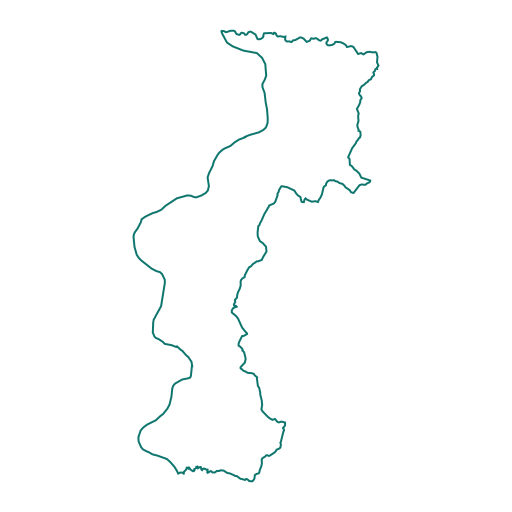 Beltrán, Cundinamarca, Colombia
{"feature_id": "7082276B10333710753159", "entity_name": "Beltrán", "entity_type": "district", "adm_level": 2, "iso_a3": "COL", "parent_name": "Colombia", "parent_adm1": "Cundinamarca", "projection": "albers", "projection_center": [-74.723, 4.715], "detail": "fine", "context": "isolated", "style": "outline", "palette": "teal", "viewbox_px": 512, "rotation_deg": 0, "n_neighbors": 0, "source": "geoboundaries", "source_scale": "gbopen_adm2", "svg_char_len": 5995}
<svg xmlns="http://www.w3.org/2000/svg" viewBox="0 0 512 512"><path d="M285.0,422.5L281.3,421.6L279.3,422.3L278.4,422.3L277.3,421.8L275.0,419.0L272.5,419.8L270.2,418.7L267.8,416.8L262.5,411.3L261.4,409.4L262.2,404.5L261.9,403.3L261.8,400.7L260.2,394.4L260.3,393.1L259.2,387.9L257.9,386.0L256.9,378.4L257.2,377.4L254.8,375.4L253.8,373.9L251.9,373.2L248.3,372.9L246.7,372.4L245.8,371.7L243.2,370.6L242.0,369.3L240.8,368.6L240.5,368.0L240.6,367.2L244.8,362.6L245.7,358.9L244.2,352.5L243.3,351.2L242.4,350.6L242.6,349.9L242.3,348.9L240.1,346.6L238.6,345.7L238.6,343.7L239.3,341.6L242.1,336.1L243.8,335.9L247.1,334.0L247.0,333.3L245.5,331.8L242.1,327.6L238.1,318.7L236.2,316.2L231.8,312.5L231.8,310.3L233.3,308.0L236.6,306.7L235.8,305.8L234.6,306.1L233.9,305.0L234.0,304.2L235.3,301.8L234.8,300.0L237.0,297.6L237.2,294.9L238.0,292.3L239.7,288.8L240.7,285.5L240.6,281.4L241.2,279.8L242.3,278.5L244.6,277.1L244.9,275.1L247.3,270.3L249.2,267.2L250.9,266.4L252.8,264.1L256.8,261.4L258.5,261.2L261.8,259.9L263.1,257.0L266.5,251.5L266.0,246.7L262.8,243.1L260.0,241.2L258.6,238.4L257.7,235.9L257.6,232.3L258.3,226.2L259.5,224.9L260.0,223.3L261.6,220.4L264.3,214.2L267.4,209.0L267.6,208.2L268.3,207.7L269.2,205.5L273.8,203.5L275.2,201.9L277.6,195.2L277.4,193.7L278.5,192.1L279.0,190.2L281.0,186.7L281.7,186.2L287.2,187.2L294.3,190.5L296.3,193.6L298.0,195.5L300.4,197.0L301.2,200.6L301.6,201.7L302.1,202.0L303.8,202.2L304.4,199.9L305.5,198.4L307.1,199.7L311.8,201.7L315.5,201.2L318.0,202.0L318.3,201.0L319.2,199.2L320.0,198.4L321.9,194.5L323.6,187.2L324.5,186.2L325.9,185.3L326.2,183.5L326.7,182.6L327.6,181.4L328.9,180.6L330.2,180.2L331.7,180.4L334.0,180.2L335.2,181.1L337.4,181.6L339.6,183.1L342.5,183.9L344.3,185.6L345.5,187.3L349.7,190.1L351.0,192.2L353.5,193.0L359.5,185.2L361.5,184.5L365.3,184.8L367.2,183.3L369.5,182.3L370.1,181.5L370.2,180.5L361.3,177.6L359.3,173.5L356.4,170.7L354.4,169.5L351.8,166.1L349.9,164.9L349.6,159.6L349.3,158.5L348.4,157.8L348.2,157.1L352.2,148.1L355.7,143.4L356.6,141.3L358.3,139.5L358.6,138.4L359.9,137.6L360.6,135.5L360.4,132.0L359.8,131.3L358.5,130.8L358.6,129.7L357.4,126.5L357.4,124.6L358.5,121.0L358.1,116.1L358.7,113.5L356.9,108.9L359.2,104.9L360.3,101.9L360.3,100.2L361.7,98.0L360.9,96.1L360.1,95.6L359.0,93.7L359.1,92.8L360.0,91.4L359.9,89.3L361.7,86.3L364.2,84.7L366.2,82.7L367.6,82.0L368.7,80.3L371.0,79.2L371.9,77.1L374.0,75.3L374.1,74.2L373.4,72.8L373.5,72.2L374.8,71.1L375.4,69.2L376.0,68.8L377.1,68.9L377.0,67.6L378.5,65.7L377.0,62.3L377.5,56.8L376.5,52.9L375.5,52.1L372.8,52.4L369.6,51.8L366.7,52.2L363.5,54.4L361.2,53.1L358.1,54.0L353.6,47.2L352.1,46.3L351.2,46.1L346.9,47.0L346.0,45.3L344.9,44.4L342.8,43.1L340.5,42.2L335.8,41.8L335.2,42.1L334.4,43.6L332.3,44.9L329.5,45.4L327.9,45.2L326.9,44.5L326.4,43.5L326.5,42.3L327.7,40.7L328.0,39.9L327.3,37.9L326.8,37.4L323.7,38.8L322.3,39.1L321.3,40.3L320.4,40.7L318.8,40.1L317.6,39.0L316.2,38.3L315.3,38.2L313.6,38.8L311.3,38.3L310.5,39.3L309.8,40.7L306.7,41.9L303.6,38.6L301.2,37.5L300.1,37.4L295.2,40.1L293.0,40.4L291.8,41.8L291.2,42.1L289.5,41.4L287.0,41.5L285.7,40.7L285.1,39.4L285.4,36.6L284.1,37.0L280.2,36.2L277.8,36.5L276.6,35.5L275.9,33.6L274.6,32.7L273.9,32.9L273.6,33.9L273.2,34.1L271.2,33.0L264.1,33.3L263.4,35.0L263.3,36.7L262.7,37.6L260.6,39.0L258.6,39.3L257.5,39.0L255.5,34.5L251.1,31.8L249.9,31.7L248.4,32.2L247.2,34.1L246.1,34.8L245.0,34.7L244.1,33.4L242.0,32.7L241.2,32.9L239.9,34.6L239.2,34.9L236.7,34.1L235.9,33.3L235.1,31.5L233.7,30.7L230.5,30.8L226.8,32.0L225.6,32.1L224.2,31.2L222.1,30.9L221.5,31.1L221.5,31.9L222.3,33.9L227.0,42.6L232.8,46.4L243.4,50.6L256.9,53.1L262.1,57.9L265.3,64.2L266.2,75.7L264.8,79.6L262.4,84.1L262.5,87.3L264.6,92.9L265.7,102.5L267.0,109.1L267.7,117.9L267.6,122.8L266.4,126.4L265.3,128.2L263.2,130.0L259.0,132.3L249.2,135.1L244.9,136.9L245.1,137.3L239.0,139.6L234.6,142.4L230.3,146.0L224.6,148.5L222.5,149.8L219.4,152.5L217.8,154.5L213.9,161.3L212.6,166.0L209.1,173.0L207.6,177.4L208.9,186.1L207.9,190.4L205.8,192.9L201.4,195.5L196.0,197.4L193.8,197.0L190.9,195.7L187.4,195.4L176.9,198.3L165.8,205.6L161.3,209.7L156.6,212.0L153.0,213.0L148.9,214.9L145.1,216.8L141.6,219.3L140.8,222.3L137.7,228.3L134.7,232.5L133.9,234.4L133.5,236.6L134.5,246.9L136.7,254.7L138.9,258.1L141.2,260.4L151.6,268.6L156.4,271.1L159.9,272.1L162.0,274.0L164.7,279.5L164.9,282.6L161.1,306.1L153.7,319.7L153.2,322.5L152.8,332.6L154.5,336.6L155.7,337.9L158.6,339.1L162.6,341.7L164.8,343.9L171.4,345.1L176.3,347.0L177.0,346.4L181.3,350.3L182.2,350.7L186.4,355.5L187.6,356.5L187.9,356.5L191.5,361.8L192.2,366.2L191.9,366.2L190.9,375.9L190.2,377.5L188.2,378.3L182.2,379.5L175.0,383.6L173.2,385.8L172.3,388.4L171.4,396.8L169.5,404.6L167.4,408.6L163.2,413.9L160.2,416.2L155.8,420.3L147.3,424.5L143.4,427.4L140.7,430.4L138.4,437.2L138.6,441.4L141.1,447.2L143.0,449.4L146.9,451.5L148.7,452.1L152.3,454.3L157.4,455.6L166.9,459.0L170.4,462.2L174.5,466.9L176.9,470.8L178.2,473.6L179.8,472.7L181.0,472.5L182.6,472.8L183.7,473.6L183.9,473.1L183.7,472.1L186.4,469.3L186.5,468.1L186.9,467.6L187.7,467.7L188.4,468.4L188.7,467.5L189.1,467.5L190.4,469.5L192.9,471.2L193.7,471.2L194.4,470.5L194.1,469.5L194.3,469.1L196.2,468.1L196.3,466.9L197.3,466.5L198.0,467.0L198.1,468.1L200.1,467.0L200.8,467.1L201.4,469.5L202.1,470.1L203.0,468.9L204.0,468.5L206.1,469.5L207.6,469.6L207.7,470.1L207.2,472.2L207.7,472.8L210.6,471.1L211.4,471.3L212.3,472.4L214.8,472.5L216.9,470.9L219.2,471.0L220.4,470.3L223.7,470.6L227.3,473.0L229.8,473.4L233.7,475.1L235.0,475.9L236.8,476.1L240.3,478.7L244.2,479.6L244.9,480.0L245.9,479.2L246.7,479.0L248.5,480.2L249.2,481.1L252.4,481.3L254.1,479.3L254.5,478.3L254.8,475.2L256.5,473.9L258.4,473.5L259.2,472.8L259.8,470.0L261.4,466.1L261.9,463.2L261.7,459.6L262.1,458.7L263.0,457.8L265.0,456.7L266.1,455.4L266.9,455.2L268.9,455.9L269.8,455.6L274.7,452.4L275.7,451.3L276.6,449.7L279.4,448.5L280.4,447.5L280.9,444.6L280.4,442.6L280.9,441.7L283.4,431.5L284.0,430.5L283.9,429.3L283.3,428.7L283.0,427.9L284.3,426.6L285.1,425.1L285.0,422.5Z" fill="none" stroke="#0f766e" stroke-width="2"/></svg>